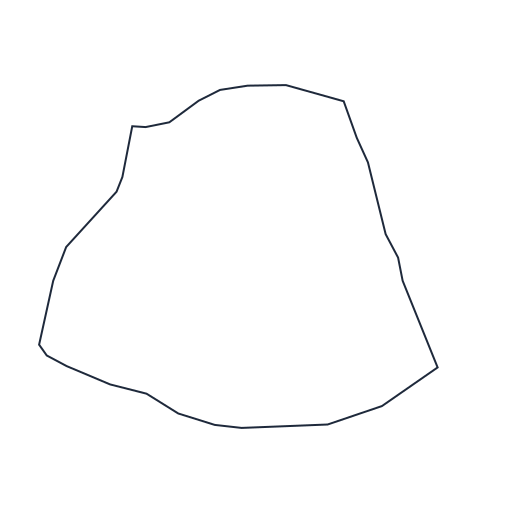 Salcajá, Quezaltenango, Guatemala, rotated 190°
{"feature_id": "79465075B86011585476581", "entity_name": "Salcajá", "entity_type": "district", "adm_level": 2, "iso_a3": "GTM", "parent_name": "Guatemala", "parent_adm1": "Quezaltenango", "projection": "albers", "projection_center": [-91.46, 14.876], "detail": "fine", "context": "isolated", "style": "outline", "palette": "slate", "viewbox_px": 512, "rotation_deg": 190, "n_neighbors": 0, "source": "geoboundaries", "source_scale": "gbopen_adm2", "svg_char_len": 521}
<svg xmlns="http://www.w3.org/2000/svg" viewBox="0 0 512 512"><g transform="rotate(190 256 256)"><path d="M400.4,362.3L401.3,310.6L404.5,295.1L444.5,231.9L451.4,196.4L454.2,131.0L444.8,121.7L423.4,114.7L377.4,104.2L339.9,101.4L305.2,87.4L267.3,82.5L240.3,84.2L190.6,95.0L156.2,102.5L105.9,130.1L57.8,177.8L107.3,257.1L115.8,279.1L132.1,300.0L162.0,367.6L177.3,389.9L196.5,423.6L256.2,429.5L293.8,422.3L320.3,413.3L339.4,399.0L364.6,372.6L387.1,363.8L400.4,362.3Z" fill="none" stroke="#1e293b" stroke-width="2"/></g></svg>